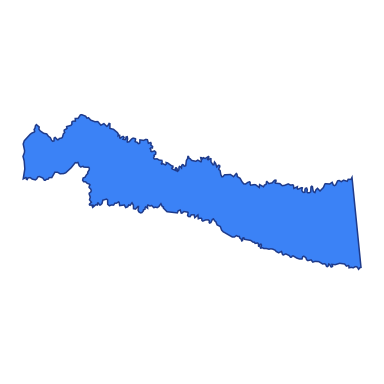 outline of Ulloa, Valle del Cauca, Colombia
{"feature_id": "7082276B37156056726077", "entity_name": "Ulloa", "entity_type": "district", "adm_level": 2, "iso_a3": "COL", "parent_name": "Colombia", "parent_adm1": "Valle del Cauca", "projection": "robinson", "projection_center": [-75.783, 4.708], "detail": "fine", "context": "isolated", "style": "filled", "palette": "blue", "viewbox_px": 384, "rotation_deg": 0, "n_neighbors": 0, "source": "geoboundaries", "source_scale": "gbopen_adm2", "svg_char_len": 6010}
<svg xmlns="http://www.w3.org/2000/svg" viewBox="0 0 384 384"><path d="M352.0,177.4L351.0,179.4L348.2,179.3L347.2,181.3L343.6,180.2L341.2,181.7L339.1,180.5L337.6,180.9L335.6,185.0L334.4,185.6L333.3,185.0L332.2,182.3L329.7,184.0L325.5,183.7L324.9,184.0L323.4,187.5L320.0,191.0L317.5,188.3L315.9,189.9L314.9,192.6L313.8,192.0L313.1,190.8L312.4,186.6L311.7,186.2L311.0,186.9L310.7,191.8L309.6,192.7L307.8,192.8L307.0,192.0L307.3,189.6L306.6,188.0L305.4,188.4L304.9,189.7L304.9,192.1L303.9,192.5L302.8,192.0L301.8,190.5L302.3,187.8L301.5,187.7L297.9,189.2L297.2,188.6L297.4,186.7L293.9,188.4L293.4,185.3L292.8,184.8L290.6,185.1L288.2,183.9L284.5,185.4L282.2,185.7L279.9,183.6L275.4,183.2L275.1,182.6L276.1,181.0L275.8,180.1L274.5,180.3L272.1,182.9L268.9,183.6L266.9,181.5L266.5,181.8L266.2,184.2L264.4,185.1L263.5,186.8L259.6,184.6L259.2,187.5L255.7,184.8L254.2,184.6L250.7,185.2L250.1,184.2L250.1,182.3L249.6,181.8L247.6,182.5L245.6,184.0L243.8,183.9L241.9,181.6L240.1,178.3L237.3,176.6L237.0,174.2L236.3,173.5L233.6,176.7L230.4,174.5L224.6,174.8L222.9,176.7L221.9,176.8L220.8,174.6L220.1,170.6L218.8,169.5L218.9,168.5L219.8,166.8L219.6,165.5L218.5,165.2L216.8,167.0L215.5,163.3L214.5,162.0L213.8,164.8L213.0,164.8L211.0,161.9L210.9,158.7L210.2,158.6L208.1,159.8L207.5,159.3L208.9,157.0L208.4,156.5L205.1,158.6L203.5,157.7L202.6,158.8L201.8,157.7L200.7,157.6L201.4,160.8L201.2,161.7L200.8,161.8L197.8,160.1L195.8,161.3L191.6,160.4L190.2,158.8L189.1,158.3L188.5,156.5L187.9,156.5L187.5,158.8L186.4,160.4L185.7,165.7L184.2,166.2L183.5,164.9L182.4,164.6L181.8,165.4L181.5,168.0L180.2,166.6L179.5,166.4L179.0,167.3L178.8,170.0L177.6,171.3L177.2,170.8L177.2,169.0L176.3,167.8L175.7,167.8L175.3,168.5L175.7,170.5L172.1,168.9L171.8,168.2L173.0,167.1L172.9,166.1L171.5,165.7L167.6,162.9L166.1,162.5L166.3,164.0L165.4,164.9L162.9,163.7L161.6,164.1L161.3,163.6L162.2,162.1L161.9,160.4L159.2,160.1L157.1,158.8L154.4,159.0L153.8,158.4L153.6,157.5L154.3,156.3L154.0,155.3L155.7,154.1L155.8,152.2L154.5,150.9L151.9,151.7L150.9,151.3L150.9,149.9L150.1,148.6L150.8,147.9L152.4,148.0L152.6,146.5L150.9,145.0L151.1,143.3L150.7,142.5L148.4,143.3L147.4,139.7L145.8,139.4L143.7,140.4L139.9,139.9L139.8,143.0L138.8,143.7L138.1,143.5L137.5,142.5L135.1,141.6L135.6,139.0L135.2,138.6L133.1,138.1L131.6,139.0L129.1,141.8L127.4,142.1L127.2,141.4L127.6,138.8L127.2,136.7L126.1,137.0L125.7,139.2L125.2,139.7L123.0,139.3L124.1,137.6L123.4,136.5L122.4,136.6L120.1,138.2L119.7,137.8L119.7,135.3L119.0,135.1L118.1,135.8L118.2,133.9L117.4,132.6L113.5,129.3L109.9,128.4L109.9,123.7L109.1,123.4L107.7,125.8L106.8,126.4L103.9,123.6L100.9,125.2L97.8,121.6L94.9,121.7L90.7,120.1L88.5,117.7L87.0,118.2L85.6,116.2L81.8,114.7L80.4,114.9L78.1,118.4L75.2,118.5L75.4,121.1L72.9,121.2L71.9,121.9L71.8,124.4L70.8,125.4L66.6,126.6L67.0,128.5L64.3,130.0L64.1,130.9L64.7,132.6L63.4,133.8L62.4,137.3L61.7,138.0L59.3,138.5L58.5,139.6L57.5,139.8L55.1,137.4L54.1,138.1L54.0,140.9L52.7,141.3L51.6,140.3L50.3,137.6L48.5,136.4L46.7,133.9L43.7,133.3L40.2,130.9L38.9,129.2L39.2,127.0L36.4,124.6L35.5,125.6L34.9,128.4L34.1,129.4L34.7,131.5L34.4,132.0L31.6,133.2L30.1,134.4L24.3,140.7L23.2,144.0L24.6,150.7L24.4,152.6L23.0,156.4L24.2,161.0L24.8,168.9L23.2,178.9L25.9,177.5L26.3,177.9L26.4,179.3L27.2,179.6L28.0,177.9L30.2,177.6L32.2,179.1L35.4,179.9L36.7,178.9L38.0,176.8L39.4,176.5L42.8,178.0L44.3,180.2L45.2,180.3L46.5,179.3L48.2,179.1L49.2,177.6L51.8,177.6L54.9,172.2L57.7,172.3L60.1,173.8L63.6,173.6L65.7,172.8L71.2,167.7L75.3,162.6L76.4,162.9L77.9,162.4L79.2,165.7L80.7,167.0L83.0,166.3L83.9,167.1L88.7,167.3L89.3,168.2L89.3,169.7L87.7,172.2L87.8,173.6L86.6,174.6L85.0,177.3L83.1,178.0L82.6,180.2L83.6,181.7L85.6,181.8L87.1,183.3L89.5,184.2L90.0,184.9L89.2,186.3L89.1,187.5L90.8,189.2L91.3,190.8L90.6,192.2L89.2,193.2L89.2,194.2L90.3,197.1L89.5,199.8L91.4,202.2L89.5,204.0L89.4,204.7L89.7,205.1L93.0,205.2L93.1,205.8L92.3,206.3L92.7,207.4L95.8,204.7L97.3,205.0L97.5,203.3L97.9,202.9L98.4,203.1L99.5,205.0L100.5,205.0L102.0,203.5L102.8,200.2L106.5,199.1L107.6,199.9L107.7,204.3L109.4,205.8L111.4,205.0L113.6,205.1L114.9,203.2L116.5,203.2L118.6,201.9L119.1,202.4L119.7,205.6L124.3,205.0L125.7,207.6L127.7,206.8L128.8,204.9L130.1,205.4L132.0,202.8L133.4,205.2L133.5,208.7L135.5,209.1L137.9,206.5L138.5,206.5L138.1,210.4L138.9,211.9L140.6,212.9L141.9,212.6L143.4,210.8L143.5,209.8L145.0,209.2L145.1,207.6L145.7,206.8L147.6,208.2L147.5,205.6L147.9,205.0L150.0,206.0L151.6,205.5L153.9,207.7L155.2,207.1L157.3,207.6L158.9,206.5L160.9,203.7L162.3,206.6L163.4,206.9L163.4,208.1L167.0,211.7L177.3,212.9L178.2,210.8L180.2,210.0L181.2,213.1L182.0,213.1L183.9,211.5L187.8,212.2L188.1,212.9L187.6,215.5L188.4,216.5L190.1,216.7L191.3,214.8L194.1,214.8L194.8,217.7L197.9,215.0L198.3,218.8L199.8,218.2L201.3,218.3L201.8,218.9L201.9,220.4L202.8,221.1L205.7,219.9L208.3,219.9L209.3,220.7L209.2,222.6L209.7,223.1L210.9,222.5L212.4,219.4L213.5,218.9L214.6,220.8L215.8,221.7L217.1,224.9L220.3,226.5L221.6,230.1L223.2,231.8L232.3,237.0L234.4,237.0L236.5,235.6L237.9,236.4L239.4,236.5L239.7,237.9L241.2,239.2L241.7,240.9L242.5,240.6L242.8,238.1L243.8,237.8L244.4,239.3L250.7,240.4L253.1,242.2L254.4,242.2L255.1,243.4L257.7,243.0L258.4,243.9L258.6,246.2L259.2,246.2L260.2,244.3L260.9,244.1L261.5,245.1L261.2,246.5L260.3,247.3L260.6,248.1L262.6,247.8L263.8,248.5L266.3,248.5L269.0,249.2L270.8,248.8L272.7,249.1L275.1,250.2L276.2,251.5L278.6,252.8L281.5,251.5L282.5,254.4L283.2,255.0L285.8,253.9L289.3,255.6L290.5,257.2L291.5,257.1L292.3,256.0L293.2,255.9L296.8,258.1L299.5,259.0L302.0,259.0L302.7,256.7L303.8,256.2L305.8,257.6L306.6,259.7L307.8,260.6L311.1,259.9L312.8,262.1L315.0,261.4L318.8,261.6L322.7,264.0L324.3,263.7L325.7,264.4L326.5,266.3L327.2,266.7L328.1,266.1L328.8,264.0L329.8,264.7L330.9,266.8L331.7,267.0L332.6,266.2L331.9,264.4L335.2,264.7L339.7,263.3L344.6,264.0L346.4,266.1L348.4,265.5L348.9,266.0L349.0,267.8L351.3,267.4L353.3,267.8L355.1,266.7L356.3,266.7L357.4,267.3L358.6,269.3L359.9,267.7L361.0,267.4L352.0,177.4Z" fill="#3b82f6" stroke="#1e3a8a" stroke-width="1.5"/></svg>